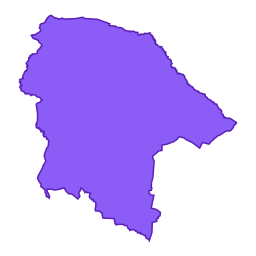 the district of Phanat Nikhom, Chon Buri, Thailand
{"feature_id": "78962969B17993818596580", "entity_name": "Phanat Nikhom", "entity_type": "district", "adm_level": 2, "iso_a3": "THA", "parent_name": "Thailand", "parent_adm1": "Chon Buri", "projection": "orthographic", "projection_center": [101.233, 13.452], "detail": "fine", "context": "isolated", "style": "filled", "palette": "violet", "viewbox_px": 256, "rotation_deg": 0, "n_neighbors": 0, "source": "geoboundaries", "source_scale": "gbopen_adm2", "svg_char_len": 5669}
<svg xmlns="http://www.w3.org/2000/svg" viewBox="0 0 256 256"><path d="M149.3,240.6L151.9,232.5L152.3,222.5L156.8,221.3L156.5,219.4L158.6,217.9L157.9,216.8L160.0,215.8L160.4,212.4L156.5,209.5L151.2,208.1L153.9,195.3L151.5,195.1L149.0,193.4L149.3,190.5L151.4,190.3L151.9,187.9L151.0,186.8L151.4,185.4L151.4,183.2L152.9,177.1L154.0,163.0L154.0,160.7L152.6,157.9L152.7,156.1L159.0,150.8L161.9,150.5L162.1,145.1L167.2,144.1L173.9,141.5L177.3,139.1L178.9,136.8L183.6,137.7L186.5,139.8L192.5,142.7L199.7,148.1L202.5,142.5L208.9,144.1L209.7,143.5L210.9,141.6L213.9,139.3L214.3,138.2L215.8,137.8L217.2,136.0L219.0,135.5L222.0,133.8L225.0,131.6L227.2,130.9L229.5,131.0L230.8,130.6L233.1,127.7L234.0,125.4L235.9,123.9L236.5,122.6L229.9,118.2L228.9,118.1L227.6,118.5L225.5,117.5L224.9,118.0L224.3,118.0L223.8,117.5L224.2,117.3L224.3,116.8L223.5,116.2L223.1,114.5L222.6,114.5L221.4,113.1L221.3,112.2L221.7,111.2L220.9,110.2L220.9,109.6L218.6,108.7L218.5,107.5L217.2,106.0L217.1,105.0L216.7,104.2L214.9,103.7L214.4,104.0L213.7,102.2L213.3,102.6L212.3,101.8L211.7,101.8L211.5,101.0L211.1,100.9L211.0,100.4L207.6,98.7L207.0,97.4L206.5,97.3L205.3,96.3L205.1,94.6L204.6,94.5L204.1,93.8L202.8,94.0L202.0,93.4L199.7,92.9L198.2,91.1L197.5,91.4L195.9,90.3L194.6,90.0L194.4,89.3L193.5,88.9L193.1,87.7L192.4,86.7L191.5,86.8L191.3,86.3L190.4,86.1L190.0,85.2L189.5,85.3L188.9,85.0L189.0,84.6L188.7,84.0L187.9,84.2L187.3,84.0L187.5,82.3L186.9,82.2L186.7,80.3L184.6,78.0L184.8,77.1L184.2,75.5L183.5,75.2L183.4,74.7L182.9,74.4L182.1,74.6L181.7,74.0L180.1,73.9L179.2,73.1L178.6,73.2L178.6,73.9L177.7,73.6L176.9,72.5L177.1,71.9L176.5,71.5L176.7,70.3L175.6,70.0L175.8,69.1L175.4,68.9L175.1,68.0L174.5,68.4L172.7,67.2L172.4,67.4L172.5,67.7L171.8,67.6L171.9,67.0L171.3,66.6L170.7,65.3L172.1,63.5L171.5,62.9L171.1,62.0L171.2,60.6L170.0,59.3L169.5,59.4L167.9,58.6L168.1,56.7L167.1,56.7L166.3,55.4L166.3,55.0L165.7,54.6L165.3,53.6L165.7,53.6L165.9,53.1L165.6,52.6L165.0,52.5L165.5,52.0L164.1,51.6L164.0,50.5L163.1,49.5L162.4,49.5L162.4,49.1L162.9,49.2L162.9,48.9L162.0,48.3L161.9,46.9L161.2,47.2L160.7,46.8L160.3,47.1L160.1,46.5L159.3,46.7L157.8,45.7L157.2,44.7L156.7,44.8L156.2,44.2L155.6,44.3L155.1,43.6L155.7,43.5L155.8,43.0L155.3,42.4L155.0,41.4L155.6,41.0L155.4,40.6L154.6,40.7L154.9,39.7L154.4,39.1L153.9,39.9L153.5,39.6L153.2,38.2L153.4,37.1L152.4,37.0L152.3,35.5L152.1,35.4L152.0,35.8L151.4,35.5L150.9,34.5L150.1,34.2L149.8,33.7L150.1,33.3L149.7,33.3L149.6,32.8L148.2,33.5L144.4,33.4L143.9,34.4L140.3,34.1L140.1,35.0L137.9,34.9L137.9,32.4L134.6,32.2L134.4,31.5L132.8,31.2L130.6,31.4L130.5,31.8L129.9,31.8L129.3,31.7L129.3,31.1L125.8,30.9L125.6,30.3L124.2,29.8L124.1,29.4L123.3,29.3L122.6,28.3L121.9,27.9L119.8,27.5L118.3,27.6L116.6,27.1L115.3,26.0L115.1,26.3L114.2,26.1L113.9,26.5L113.0,25.9L109.0,25.5L109.8,23.8L97.3,19.3L84.8,18.5L82.8,17.3L75.4,18.6L70.1,18.9L64.1,19.0L62.6,18.5L62.2,18.0L60.7,18.9L60.2,18.7L58.6,19.5L58.1,18.7L57.3,18.3L54.2,17.6L51.3,15.4L49.4,16.0L46.9,18.5L46.9,19.4L45.9,20.1L44.7,22.8L41.5,23.7L40.1,24.5L40.0,26.6L39.4,27.7L40.7,30.4L40.5,31.3L34.2,35.2L33.1,34.7L31.3,35.3L33.0,38.2L34.9,39.2L36.2,39.2L36.9,39.9L38.3,40.3L38.8,42.0L41.0,43.9L42.0,45.6L40.5,47.0L40.4,47.8L37.8,50.2L37.2,51.6L37.2,53.0L35.7,54.0L32.3,53.9L31.7,55.2L30.6,55.2L30.0,55.8L30.0,56.4L30.4,56.8L30.2,57.3L28.7,57.6L28.9,59.7L26.2,63.4L26.8,64.6L27.9,65.4L27.1,65.8L26.6,66.7L27.4,67.3L27.1,69.2L26.3,71.1L25.4,70.9L24.5,72.1L24.0,73.9L23.1,75.1L22.7,77.3L23.4,78.4L22.8,78.8L21.3,78.9L20.0,79.5L19.6,79.9L20.6,81.1L19.5,81.9L20.9,83.1L20.9,83.4L20.3,83.7L21.8,85.5L20.2,86.1L19.7,86.9L20.3,88.0L21.1,88.3L20.9,89.6L21.3,90.7L23.9,91.8L24.5,92.5L24.6,93.1L25.7,94.0L27.1,93.4L27.5,93.9L27.9,93.6L29.5,93.8L30.7,95.5L31.3,94.8L31.8,95.1L33.5,94.7L35.0,95.0L36.8,96.7L40.0,97.5L40.7,98.9L41.4,99.1L42.3,99.9L40.7,101.0L39.9,102.3L37.1,103.2L36.3,104.5L37.6,114.5L37.4,121.4L36.3,123.2L36.8,124.2L35.9,124.7L36.7,126.1L36.1,126.9L36.7,127.8L37.7,128.2L38.6,128.3L38.8,127.6L39.1,127.6L39.6,128.4L39.4,129.2L40.7,129.5L40.4,130.5L40.7,131.0L41.5,131.2L41.3,131.9L42.1,131.9L42.5,131.3L43.0,131.6L44.0,131.3L43.8,132.8L43.4,133.2L44.2,133.6L43.7,134.3L43.3,134.3L43.7,135.6L43.4,135.8L44.3,136.9L45.6,136.5L45.7,137.0L46.8,138.1L46.6,139.1L47.5,139.3L48.6,140.3L48.6,142.2L48.2,146.2L46.6,148.3L44.5,154.1L44.3,156.2L45.6,160.4L45.6,161.6L43.1,165.7L42.5,167.8L38.3,175.7L37.5,178.0L38.8,181.1L41.2,184.4L40.8,186.5L44.9,189.7L45.2,192.7L46.1,194.2L46.2,196.4L48.5,197.5L49.2,198.2L49.7,196.4L48.8,195.0L48.4,193.2L47.2,191.9L47.1,189.2L49.3,189.3L51.1,188.9L52.9,189.7L55.5,190.0L60.8,188.9L61.8,188.4L64.3,188.2L65.9,191.0L68.2,193.5L68.9,193.9L70.7,193.8L72.4,194.3L77.8,199.0L79.8,196.5L79.6,195.0L78.7,193.3L78.8,192.7L80.5,190.3L80.8,188.2L82.3,188.4L82.9,189.8L84.5,191.3L84.8,192.5L86.2,191.7L86.9,192.7L89.2,192.6L90.4,193.8L89.7,194.2L89.4,196.8L90.2,198.5L91.7,199.3L92.0,199.9L93.2,199.4L93.4,201.3L94.6,201.4L95.8,202.5L95.8,206.3L95.1,209.3L95.4,210.5L95.9,211.1L97.7,210.9L98.6,211.2L99.5,211.1L101.3,212.8L102.3,213.3L102.2,215.2L102.9,218.0L114.3,218.6L114.6,221.8L115.5,222.5L115.0,223.7L116.4,224.9L118.3,224.3L121.2,224.3L123.2,224.5L124.9,225.6L126.1,225.4L127.1,225.9L128.0,228.4L129.5,229.5L129.8,230.3L130.4,229.7L130.5,230.0L131.3,230.1L131.4,229.8L133.9,229.5L134.6,230.4L135.6,230.5L135.7,231.0L136.0,230.8L136.7,231.1L137.4,231.8L137.3,232.4L137.9,232.6L137.8,232.9L139.0,232.8L139.2,233.0L140.1,232.6L140.0,233.2L140.4,233.8L140.7,233.5L141.8,233.7L142.0,234.3L142.4,234.2L144.0,235.3L145.0,235.3L145.5,235.7L145.2,235.8L145.3,236.3L145.7,236.4L146.2,238.2L148.5,239.1L148.4,239.5L148.9,239.8L149.3,240.6Z" fill="#8b5cf6" stroke="#5b21b6" stroke-width="1.5"/></svg>